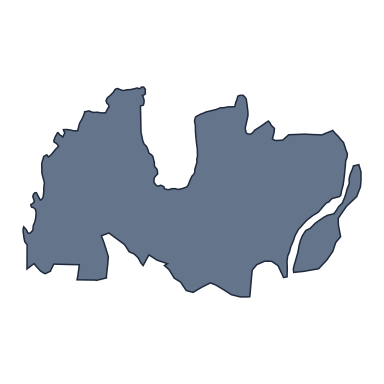 outline of Markz Dir Mawas, Al Minya, Egypt
{"feature_id": "37247803B40134172984025", "entity_name": "Markz Dir Mawas", "entity_type": "district", "adm_level": 2, "iso_a3": "EGY", "parent_name": "Egypt", "parent_adm1": "Al Minya", "projection": "albers", "projection_center": [30.79, 27.655], "detail": "fine", "context": "isolated", "style": "filled", "palette": "slate", "viewbox_px": 384, "rotation_deg": 0, "n_neighbors": 0, "source": "geoboundaries", "source_scale": "gbopen_adm2", "svg_char_len": 5301}
<svg xmlns="http://www.w3.org/2000/svg" viewBox="0 0 384 384"><path d="M287.1,276.8L287.1,275.1L287.3,267.8L287.0,261.3L287.5,257.7L287.6,256.3L289.5,251.9L290.8,246.7L292.3,243.3L293.0,241.6L294.0,238.9L294.7,236.6L295.2,235.3L295.2,235.2L295.3,235.1L297.0,232.1L298.6,229.1L299.9,227.9L303.2,224.1L306.8,220.2L308.4,219.0L312.7,215.6L318.3,212.2L321.4,208.6L323.6,205.9L326.5,202.9L329.0,201.9L331.2,199.2L332.8,198.3L335.6,197.6L339.4,196.6L340.8,195.2L341.4,191.5L343.2,184.6L344.2,177.0L344.5,174.2L345.2,167.2L345.6,162.1L345.6,161.2L347.1,157.1L347.4,153.7L345.8,149.7L344.5,145.4L343.5,142.5L340.9,139.7L338.3,136.4L334.6,132.7L333.2,131.0L332.8,130.4L332.7,130.4L332.7,130.5L325.6,133.3L321.6,135.0L320.0,134.8L318.6,134.8L317.6,134.7L317.1,134.7L314.1,134.6L310.3,134.4L307.4,134.3L306.5,134.2L305.8,134.1L292.4,134.6L291.7,134.6L288.6,134.8L288.3,135.1L282.7,140.1L278.2,140.4L275.2,140.5L273.1,139.4L272.4,138.9L273.8,133.6L274.4,129.9L274.4,128.4L272.6,126.6L272.1,126.2L271.4,125.4L269.7,122.5L268.3,121.0L265.6,122.9L262.5,125.1L260.3,126.6L255.2,129.9L254.5,130.3L252.9,132.6L251.1,133.8L250.6,134.3L248.6,134.0L247.8,133.8L247.2,133.7L246.2,132.8L245.3,129.1L245.3,127.5L246.7,121.5L248.0,115.4L247.9,111.7L247.0,104.2L246.2,98.9L244.6,96.7L243.1,95.3L240.1,95.3L238.2,96.0L237.9,96.1L237.2,98.4L236.5,100.7L235.8,102.2L235.1,105.2L235.1,106.0L234.4,106.7L232.9,106.8L230.7,106.8L227.7,106.9L224.0,107.7L220.3,107.8L217.0,109.2L216.6,109.4L212.9,110.3L206.2,111.9L202.5,113.5L200.3,114.3L199.5,114.7L197.3,115.9L195.8,116.7L195.1,118.2L194.5,121.2L195.3,125.0L195.4,128.7L195.5,132.5L195.9,137.3L196.4,142.2L197.3,149.0L197.4,153.3L197.5,156.5L196.8,158.8L196.8,159.5L196.9,162.5L196.2,164.8L194.8,169.4L194.8,171.6L194.1,173.9L191.9,176.2L191.2,177.7L189.8,180.8L188.7,183.7L188.4,184.6L187.0,186.8L184.7,187.7L182.5,188.5L180.0,189.1L179.5,189.3L177.3,189.3L175.1,188.6L173.3,188.7L171.3,188.7L169.9,189.5L167.6,189.6L164.6,188.9L163.8,186.6L160.8,185.2L158.6,186.0L157.1,186.0L155.6,184.6L154.0,182.4L154.0,179.3L154.4,177.8L154.7,177.1L156.1,175.5L157.6,174.0L157.5,171.0L156.9,169.2L156.7,168.8L155.2,167.3L154.4,165.8L154.4,162.8L153.5,159.1L152.7,156.1L151.2,154.6L148.9,153.1L148.1,150.2L146.5,146.4L144.2,144.2L142.7,140.5L141.8,136.0L141.0,132.3L140.7,117.1L140.6,112.0L140.5,108.2L140.4,106.0L143.4,105.1L144.1,102.1L144.0,99.9L143.2,96.9L142.4,95.4L144.6,94.6L145.4,93.8L145.3,92.9L145.3,91.6L145.3,89.3L143.7,87.1L141.5,87.1L140.8,87.9L139.3,88.7L138.4,88.4L137.0,88.0L134.1,88.8L130.4,89.6L127.4,89.7L122.9,90.6L119.2,89.2L117.6,88.5L115.4,89.2L114.7,90.0L113.3,92.3L110.3,95.4L107.4,97.7L106.0,100.8L106.8,103.0L108.3,104.5L109.1,106.7L108.4,107.5L107.6,108.9L105.5,112.8L101.0,112.9L97.3,112.2L96.6,112.3L92.8,112.4L89.1,110.9L84.6,111.8L84.6,112.5L83.9,114.8L82.5,117.9L81.8,119.4L79.6,123.2L77.6,130.8L75.3,130.8L73.8,130.9L71.6,130.2L67.1,129.5L63.4,129.6L64.1,131.8L64.9,132.6L62.8,137.1L61.3,135.7L61.2,135.7L59.8,134.9L58.2,132.7L57.5,132.7L56.7,134.2L55.3,136.6L53.9,140.3L53.9,141.9L56.2,143.3L57.7,144.8L58.5,146.3L55.6,149.3L51.2,154.7L48.3,157.0L47.6,156.0L46.8,154.8L44.9,155.8L43.8,156.4L42.7,160.1L42.4,160.9L41.7,164.0L41.8,167.7L41.9,173.0L42.8,176.7L42.8,176.8L43.6,179.7L44.4,182.7L43.8,188.0L43.8,191.0L43.2,197.0L41.8,199.3L40.3,200.1L39.7,199.0L38.7,197.1L37.2,194.2L36.4,192.7L34.9,192.7L34.3,193.4L33.5,194.2L32.8,196.5L34.4,201.7L33.6,202.5L32.9,203.3L30.7,204.8L31.5,207.1L33.8,207.8L35.3,209.2L36.1,212.2L36.1,213.7L35.5,219.0L34.8,222.0L33.4,225.1L33.2,226.5L32.8,230.4L32.0,231.1L29.9,233.4L28.2,232.9L27.6,232.7L26.8,230.5L24.5,227.6L23.7,226.8L23.1,229.0L23.1,231.3L24.0,238.1L24.8,241.8L27.1,244.8L27.0,268.4L27.0,269.0L34.0,263.6L36.4,266.5L40.5,271.0L41.7,271.8L44.1,273.3L45.2,273.7L50.6,271.1L50.6,270.5L53.8,264.1L68.2,264.5L79.3,264.7L78.2,273.2L77.8,276.1L77.0,279.8L95.5,280.1L96.3,280.4L100.4,279.4L106.5,277.9L106.4,276.2L107.8,263.6L108.2,258.7L108.2,258.2L108.3,256.6L105.4,247.1L104.1,243.0L101.4,235.8L101.8,235.6L108.9,233.0L123.9,244.1L124.8,244.9L125.2,245.5L129.2,251.8L131.9,253.0L134.0,253.9L137.0,256.6L138.5,258.4L139.1,259.5L140.9,262.9L141.3,263.4L143.1,265.6L148.9,254.9L157.0,260.1L158.1,260.5L167.4,263.7L164.4,265.5L168.9,269.5L169.2,269.9L174.2,278.1L180.6,282.1L186.2,290.5L193.1,292.4L201.3,287.5L201.8,287.2L210.4,282.9L216.0,285.1L223.4,289.6L223.9,289.9L231.4,294.7L240.2,296.9L246.2,296.9L248.0,296.9L249.8,296.7L250.9,284.4L251.6,276.6L252.1,271.0L252.1,270.3L256.4,265.1L256.7,264.7L264.6,261.2L271.6,261.3L276.2,264.4L278.0,265.6L280.1,270.0L280.8,271.6L282.3,274.6L283.5,277.5L285.5,277.1L285.8,277.1L287.1,276.8L287.1,276.8ZM318.0,268.9L318.6,268.8L319.2,268.1L326.6,260.3L332.8,251.4L335.7,242.6L340.6,236.7L338.4,225.0L338.2,218.4L341.7,213.2L346.5,206.3L356.7,196.6L360.4,187.0L361.0,180.6L361.0,172.0L358.8,164.6L353.5,165.9L353.4,165.9L353.1,167.1L352.1,169.9L350.3,174.0L349.1,178.8L349.2,183.7L347.0,189.2L346.0,193.5L344.7,197.4L342.3,203.1L338.5,206.8L336.7,209.9L333.8,213.8L333.7,213.8L327.5,215.3L323.8,217.3L320.0,219.9L315.8,222.8L313.4,225.1L310.3,228.3L305.8,230.5L303.3,234.3L302.2,236.1L300.3,240.9L299.0,246.0L297.9,252.4L296.8,256.1L295.6,260.4L294.1,265.5L293.3,269.2L293.7,272.4L303.4,271.4L315.5,269.3L318.0,268.9Z" fill="#64748b" stroke="#1e293b" stroke-width="1.5"/></svg>